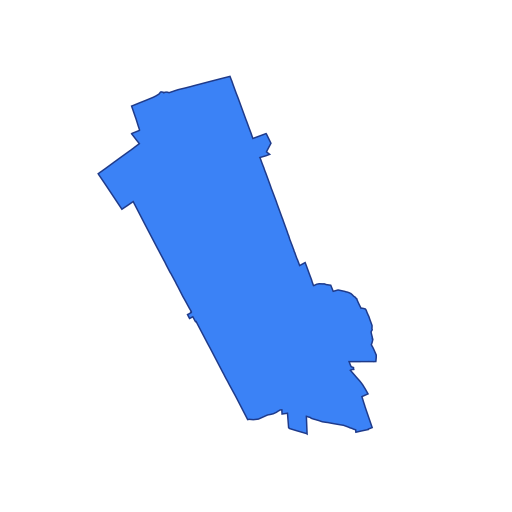 the district of Costesti, Buzau, Romania, rotated 115°
{"feature_id": "2599482B55165348658592", "entity_name": "Costesti", "entity_type": "district", "adm_level": 2, "iso_a3": "ROU", "parent_name": "Romania", "parent_adm1": "Buzau", "projection": "orthographic", "projection_center": [26.756, 45.052], "detail": "fine", "context": "isolated", "style": "filled", "palette": "blue", "viewbox_px": 512, "rotation_deg": 115, "n_neighbors": 0, "source": "geoboundaries", "source_scale": "gbopen_adm2", "svg_char_len": 5296}
<svg xmlns="http://www.w3.org/2000/svg" viewBox="0 0 512 512"><g transform="rotate(115 256 256)"><path d="M248.1,433.8L249.0,432.5L249.2,432.1L255.8,421.1L270.3,397.3L258.6,390.3L267.7,378.5L274.2,370.1L282.6,359.1L290.4,348.9L292.1,346.6L293.7,344.5L295.0,342.8L296.7,340.5L298.7,337.9L299.9,336.2L302.2,333.4L307.4,326.6L307.6,326.1L311.1,321.4L312.3,319.8L312.7,319.3L313.5,318.1L313.8,317.8L315.1,316.2L317.1,313.5L323.6,305.2L324.8,303.5L325.5,302.5L325.8,302.1L327.4,299.9L331.6,294.2L332.6,292.7L333.2,291.8L333.9,291.0L334.4,291.4L334.8,290.9L335.3,291.3L335.7,291.6L336.8,292.3L338.0,293.3L339.3,291.7L340.7,289.8L337.8,287.6L338.5,286.6L339.1,285.8L340.6,283.8L341.1,283.0L340.7,282.6L341.3,281.8L342.6,280.1L355.8,262.8L358.9,258.6L375.3,237.2L375.6,236.8L376.6,235.4L377.9,233.8L379.8,231.3L381.5,228.9L383.9,225.8L386.7,222.0L391.5,215.5L394.1,212.1L407.8,194.4L406.9,193.2L405.5,189.3L402.8,184.9L397.7,180.5L397.0,179.9L395.4,178.5L395.0,178.1L393.6,176.1L391.7,173.7L389.1,171.5L387.4,170.5L385.3,169.0L384.5,167.6L388.2,165.6L388.0,165.3L385.2,161.0L397.8,153.9L398.2,152.7L397.2,145.5L395.6,135.3L395.7,134.5L380.4,142.4L380.3,142.5L380.0,142.6L379.9,142.1L379.7,140.2L379.4,138.5L379.7,137.7L379.7,136.8L379.4,134.5L379.2,133.4L379.0,132.4L379.0,132.0L378.7,130.3L378.5,128.7L378.4,127.5L378.3,126.6L378.2,125.8L377.0,121.8L376.5,120.3L376.0,118.2L375.2,115.1L373.4,108.5L372.4,105.0L372.4,104.5L372.2,102.3L372.0,99.8L372.0,98.2L371.7,96.3L371.7,94.4L371.4,92.2L371.9,91.9L373.4,91.1L373.5,91.0L373.1,90.5L372.5,89.7L370.6,87.3L365.8,80.9L365.4,81.1L365.1,80.8L362.4,78.2L346.1,93.9L345.9,94.0L342.9,96.8L342.0,97.6L338.7,100.6L333.6,96.2L332.9,97.2L332.6,97.6L332.4,97.9L330.2,101.0L328.9,103.0L327.7,104.8L326.6,106.8L325.4,109.2L323.3,114.1L322.2,116.5L321.5,118.1L321.1,119.0L320.4,120.6L319.8,122.0L319.7,121.9L319.5,122.1L319.1,121.8L318.7,121.4L318.4,121.0L318.1,120.6L317.9,120.1L317.5,119.5L317.4,119.6L317.0,119.9L316.8,120.0L316.7,120.1L316.4,120.3L316.0,120.6L315.9,120.6L316.1,122.5L316.1,122.8L316.0,123.1L315.0,124.3L312.4,127.0L308.9,119.5L306.4,114.2L303.9,108.9L302.4,105.6L301.9,104.5L301.0,102.8L299.8,103.2L297.3,104.1L295.5,104.9L294.9,105.2L290.6,110.1L289.7,111.2L288.5,112.8L288.5,113.0L287.6,114.0L285.5,114.2L282.4,114.8L281.8,115.2L281.9,115.6L280.7,116.1L278.0,118.3L276.7,119.3L276.0,119.6L275.5,119.7L275.0,119.7L274.6,119.5L274.2,119.5L273.6,119.6L273.2,119.9L272.6,120.4L271.6,120.7L271.2,120.9L270.7,121.1L269.9,121.5L269.7,121.7L268.9,122.5L268.5,122.9L266.6,124.8L266.1,125.3L265.0,126.4L263.6,127.7L263.0,128.3L262.3,129.2L260.2,131.6L258.6,133.2L257.9,134.3L257.8,134.8L258.0,135.4L258.0,135.9L258.3,137.1L258.6,138.2L259.0,138.7L256.6,141.7L254.7,144.0L253.0,145.9L252.3,146.4L252.2,146.9L252.2,147.2L251.9,147.7L251.7,148.0L251.5,148.4L251.4,148.8L251.4,149.0L251.3,149.6L251.3,149.9L251.2,150.3L251.1,150.7L250.9,151.2L250.4,152.5L250.1,153.6L249.9,154.3L250.0,154.8L249.9,155.6L250.0,156.8L250.1,157.9L250.5,159.6L250.5,160.3L252.0,166.9L252.3,167.5L255.4,171.1L250.9,175.9L251.1,176.6L251.3,177.2L252.2,180.2L252.3,180.7L252.3,181.2L252.3,181.9L252.4,182.1L252.5,182.6L252.8,183.1L253.2,184.0L253.9,185.7L254.3,186.7L254.5,187.1L254.9,187.6L255.8,188.9L256.1,189.2L257.2,190.1L258.3,191.0L258.5,191.4L255.7,194.2L254.2,195.5L249.1,200.7L247.7,202.1L246.0,203.8L244.5,205.3L243.2,206.6L241.2,208.7L246.2,212.4L241.6,217.1L241.5,217.3L241.0,217.9L240.6,218.3L238.1,220.8L236.4,222.4L236.0,223.0L235.4,223.6L234.9,224.0L234.2,224.6L233.8,225.1L233.3,225.6L231.9,227.0L230.9,228.0L229.6,229.4L228.6,230.4L226.7,232.4L225.6,233.4L225.3,233.6L224.6,234.3L224.0,234.8L223.1,235.8L222.0,236.9L220.8,238.0L219.6,239.2L218.9,239.9L218.4,240.4L216.9,241.9L216.0,242.8L215.0,243.8L214.3,244.5L213.8,245.0L213.2,245.6L212.4,246.4L211.6,247.1L210.1,248.7L207.9,250.9L206.4,252.4L199.5,259.3L198.1,260.6L189.7,269.2L188.4,270.6L186.1,272.8L182.9,276.0L180.7,278.2L179.3,279.6L177.5,281.4L176.8,282.1L175.8,283.2L174.9,284.1L173.8,285.2L172.7,286.2L171.6,287.4L169.4,289.7L165.4,293.7L165.1,294.1L161.0,289.4L158.1,286.6L157.2,290.5L155.7,290.5L147.5,290.1L141.2,297.9L140.8,298.6L150.8,308.5L148.9,310.4L146.9,312.3L143.2,316.1L140.4,318.9L138.3,321.0L136.3,323.1L131.7,327.7L128.6,330.8L124.1,335.3L122.2,337.2L120.1,339.3L116.9,342.7L115.2,344.4L114.0,345.6L110.1,349.5L107.7,351.8L106.9,352.7L104.2,355.5L105.2,356.7L109.5,362.0L117.9,372.2L128.6,385.1L128.9,385.4L129.3,385.9L130.1,386.8L131.2,388.2L131.7,388.8L133.6,391.1L136.2,394.4L137.3,395.8L138.2,396.9L139.4,398.2L140.8,399.7L141.4,400.3L142.0,400.9L143.1,402.1L144.5,403.5L144.8,404.3L145.1,406.0L145.3,406.3L145.6,407.0L146.0,407.5L146.1,407.8L146.5,408.0L146.9,408.4L147.1,408.6L147.1,408.8L147.0,409.0L146.8,409.3L146.8,409.6L147.0,409.9L147.2,410.8L147.4,411.4L147.8,411.8L150.3,412.4L153.3,414.4L155.7,416.3L161.9,422.0L165.8,425.7L172.7,432.1L180.7,424.4L182.1,423.0L185.8,419.6L187.7,417.9L189.8,415.9L190.9,414.9L191.4,414.7L197.3,420.2L197.8,420.4L199.0,418.0L201.5,413.2L202.2,411.8L203.0,410.2L203.5,409.2L209.1,412.2L210.0,412.6L225.2,421.1L230.3,423.9L230.6,424.1L232.1,424.9L240.5,429.5L242.8,430.8L243.8,431.4L244.3,431.6L244.9,432.0L246.1,432.7L246.3,432.8L246.6,432.9L247.0,433.2L247.5,433.4L248.1,433.8Z" fill="#3b82f6" stroke="#1e3a8a" stroke-width="1.5"/></g></svg>